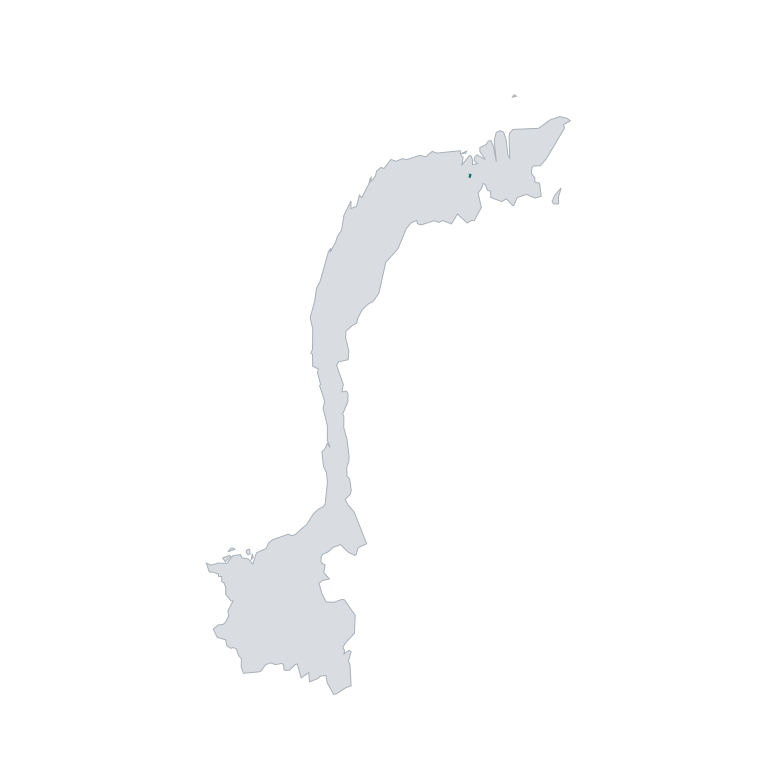 location of Tan Phu, Hồ Chí Minh city, Vietnam, rotated 209°
{"feature_id": "81297802B97138813252769", "entity_name": "Tan Phu", "entity_type": "district", "adm_level": 2, "iso_a3": "VNM", "parent_name": "Vietnam", "parent_adm1": "Hồ Chí Minh city", "projection": "equal_earth", "projection_center": [106.631, 10.791], "detail": "fine", "context": "in_parent", "style": "filled", "palette": "teal", "viewbox_px": 768, "rotation_deg": 209, "n_neighbors": 0, "source": "geoboundaries", "source_scale": "gbopen_adm2", "svg_char_len": 4202}
<svg xmlns="http://www.w3.org/2000/svg" viewBox="0 0 768 768"><g transform="rotate(209 384 384)"><path d="M452.6,141.2L447.4,141.7L441.9,147.2L434.6,150.8L432.9,160.6L426.8,165.2L423.9,163.0L417.9,165.2L411.4,163.0L413.7,174.4L407.2,183.3L407.9,189.1L406.1,193.6L394.8,206.3L391.5,206.5L389.0,208.6L383.5,223.8L382.8,236.4L380.3,243.6L377.8,246.6L377.3,250.6L385.8,270.6L391.5,278.7L397.1,282.8L405.5,294.7L404.2,297.9L404.8,304.5L400.9,302.6L401.3,303.4L406.1,307.0L413.1,319.8L425.6,333.4L427.5,340.2L439.5,351.3L439.2,352.8L447.7,361.7L448.7,365.3L455.0,364.9L460.9,375.3L462.8,375.4L463.4,379.8L472.9,397.4L480.8,406.4L484.8,422.9L489.5,435.3L489.6,442.5L496.8,473.0L496.3,477.0L494.9,473.0L495.1,484.6L496.3,490.7L495.8,498.3L500.9,512.4L501.6,528.1L498.0,521.4L494.2,526.1L497.1,537.3L493.9,536.2L494.2,551.2L495.6,556.5L495.3,558.5L493.7,554.5L492.3,561.6L493.7,566.6L491.6,572.0L488.5,572.4L486.8,583.7L481.4,584.6L477.5,589.7L472.6,591.6L463.5,601.4L457.7,603.0L454.6,610.8L449.5,611.7L430.4,625.0L428.2,621.8L424.7,620.6L422.0,613.4L420.1,624.9L418.6,625.7L415.7,623.5L412.9,618.9L408.9,622.1L413.4,623.0L414.5,626.0L413.9,629.5L404.3,629.4L413.0,634.0L414.8,637.4L410.7,643.0L410.6,646.9L408.6,648.8L403.8,645.2L393.5,632.8L405.7,650.5L407.8,658.4L404.9,662.0L401.4,662.2L395.7,656.9L386.6,644.3L383.5,642.5L394.2,660.5L395.8,664.5L394.6,669.2L372.7,682.6L366.8,695.5L359.9,703.1L352.6,705.2L348.6,704.5L352.8,697.9L350.2,695.5L351.2,660.0L353.1,650.7L359.3,646.9L359.4,645.0L357.2,639.6L352.1,637.5L349.8,633.6L345.3,635.1L337.5,624.4L342.0,619.8L351.4,619.0L357.8,611.6L357.1,603.5L357.8,602.4L366.6,605.3L369.6,600.6L381.1,598.9L384.3,604.5L387.1,603.5L392.3,607.4L394.5,607.5L393.4,601.9L394.4,596.8L384.4,585.5L384.3,570.5L386.7,569.7L389.3,565.1L402.2,568.2L402.6,556.7L412.0,555.4L414.1,552.1L419.5,551.0L428.7,541.1L432.6,540.4L434.6,543.0L438.3,538.4L439.9,530.7L437.3,509.2L441.5,491.3L432.5,461.1L433.6,450.5L436.3,446.9L439.1,438.2L438.8,428.5L437.3,423.8L439.8,420.4L442.9,411.8L440.0,405.8L430.8,395.9L427.1,387.9L434.4,381.4L434.6,377.4L419.4,363.9L416.9,356.8L413.3,359.6L410.6,357.8L407.0,351.0L405.6,337.8L403.1,335.7L398.1,326.4L389.6,317.7L379.4,303.7L377.4,299.6L376.1,293.1L371.9,285.7L367.9,284.2L360.9,274.8L360.0,270.9L362.0,264.2L357.0,260.9L348.1,257.6L321.7,235.9L327.3,228.3L325.7,221.2L326.3,220.0L333.6,219.5L344.2,222.4L349.2,216.6L351.5,210.1L355.1,205.2L355.2,202.4L352.6,197.3L347.8,197.2L345.3,189.9L337.3,187.0L342.6,182.1L344.2,178.2L336.8,170.7L328.9,165.3L321.8,169.0L316.4,175.2L313.9,176.0L297.0,167.7L289.0,151.6L292.2,138.6L292.3,133.8L289.0,131.5L288.1,128.4L285.6,134.0L283.1,134.0L280.7,124.3L277.7,122.0L266.4,104.0L269.9,100.3L275.4,90.0L277.5,88.1L288.8,95.1L293.6,101.0L298.6,97.0L298.6,94.9L304.7,87.3L309.9,95.1L314.0,86.8L324.2,97.1L325.8,95.2L327.8,88.1L330.7,86.0L332.9,85.6L335.6,89.8L337.9,90.1L342.9,85.9L348.0,85.1L351.4,81.3L352.4,73.3L353.7,71.7L366.7,62.8L371.9,67.5L375.4,74.4L379.9,76.2L384.7,80.8L388.5,80.2L389.7,78.6L394.4,78.8L398.6,83.6L406.9,81.4L414.5,86.9L412.0,93.0L408.2,95.7L407.2,98.8L407.3,105.6L410.5,109.9L410.8,121.1L412.9,120.2L420.6,123.4L423.5,129.0L427.2,132.3L430.2,132.6L432.7,136.9L435.4,135.5L436.6,137.4L442.0,136.7L445.7,134.9L452.6,141.2ZM325.6,625.3L326.0,632.7L324.1,641.3L322.0,631.9L318.6,626.2L323.1,623.7L325.6,625.3ZM440.8,153.7L436.2,159.1L434.4,159.0L436.7,151.5L440.8,153.7ZM422.6,173.9L421.2,174.0L418.7,170.6L420.1,168.7L422.9,170.0L423.6,171.6L422.6,173.9ZM438.2,166.2L436.4,167.3L434.3,167.2L439.2,161.5L438.2,166.2ZM415.0,166.1L416.9,171.7L414.2,168.8L415.0,166.1ZM428.2,622.9L424.6,627.7L424.4,625.5L428.2,622.9ZM410.5,700.0L407.7,700.0L410.7,697.1L410.5,700.0Z" fill="#d9dde1" stroke="#a8b0b8" stroke-width="1"/><path d="M409.5,608.9L409.5,609.0L409.8,609.1L409.9,608.9L409.9,608.7L410.0,608.7L410.2,608.4L410.3,608.4L410.2,608.3L410.2,608.2L410.1,607.9L410.0,607.7L410.0,607.4L409.9,607.2L409.9,606.9L409.8,606.7L409.7,606.4L409.6,606.2L409.6,606.3L409.4,606.5L409.3,606.4L409.2,606.5L409.0,606.8L409.0,607.0L409.2,607.4L409.2,607.5L409.3,607.7L409.3,607.8L409.3,608.0L409.4,608.3L409.4,608.5L409.5,608.6L409.5,608.9Z" fill="#14b8a6" stroke="#0f766e" stroke-width="1.5"/></g></svg>